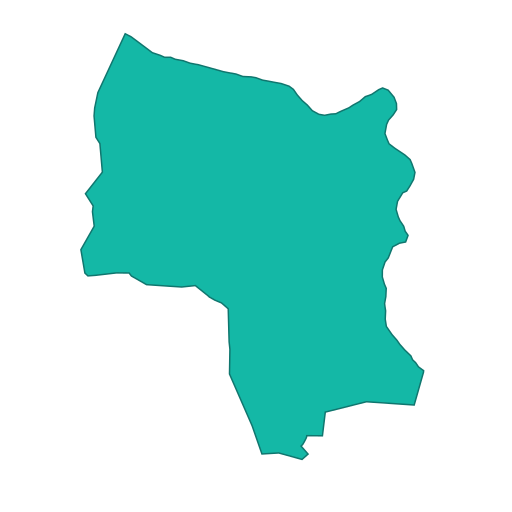 Obot Akara, Akwa Ibom, Nigeria, rotated 101°
{"feature_id": "59680162B95147302907135", "entity_name": "Obot Akara", "entity_type": "district", "adm_level": 2, "iso_a3": "NGA", "parent_name": "Nigeria", "parent_adm1": "Akwa Ibom", "projection": "albers", "projection_center": [7.605, 5.256], "detail": "fine", "context": "isolated", "style": "filled", "palette": "teal", "viewbox_px": 512, "rotation_deg": 101, "n_neighbors": 0, "source": "geoboundaries", "source_scale": "gbopen_adm2", "svg_char_len": 1893}
<svg xmlns="http://www.w3.org/2000/svg" viewBox="0 0 512 512"><g transform="rotate(101 256 256)"><path d="M305.4,420.7L307.6,417.2L305.7,410.2L299.2,389.7L296.9,377.3L299.4,374.5L305.0,358.0L301.9,333.2L300.6,323.0L296.6,309.9L304.8,294.4L305.1,294.2L307.3,287.6L308.6,281.0L313.1,273.2L345.4,266.0L352.6,263.8L376.9,259.5L423.4,227.4L449.2,212.4L445.0,196.1L446.9,172.0L440.5,167.1L436.8,171.9L434.0,175.5L432.1,174.2L429.3,173.2L425.6,172.1L423.8,171.8L422.7,171.9L419.8,156.5L396.0,158.2L378.0,119.8L372.1,72.3L338.0,69.4L336.5,69.6L336.1,70.6L333.8,75.4L330.3,78.9L328.0,82.5L324.5,84.9L322.1,88.6L319.9,92.0L315.3,98.0L311.8,101.6L307.2,107.5L303.7,111.1L300.3,114.6L293.3,117.1L285.1,118.3L281.2,119.7L278.1,120.7L271.1,120.8L262.9,122.0L259.4,124.4L259.3,124.5L252.5,128.0L245.5,129.3L241.1,128.7L237.3,128.2L232.6,125.8L226.7,124.7L220.9,123.6L216.1,117.7L213.7,111.8L207.0,110.7L206.7,110.7L203.2,114.3L198.6,116.7L193.9,121.4L190.5,123.8L183.5,127.4L175.3,127.5L165.9,124.0L163.5,120.5L157.7,118.2L150.6,115.9L143.6,115.9L135.5,120.7L132.0,123.1L128.5,129.0L124.0,139.7L123.5,140.8L120.5,146.8L117.0,149.2L111.2,152.8L101.9,152.9L97.2,151.8L91.3,148.3L85.4,145.9L79.6,147.2L73.8,150.8L68.0,157.9L66.9,163.8L69.3,167.3L75.2,173.2L77.0,176.1L78.7,179.1L84.6,183.8L89.4,189.6L92.9,193.2L97.7,200.2L101.2,204.9L102.4,209.6L104.8,215.5L104.9,221.4L102.6,228.5L98.0,234.5L94.6,240.4L91.4,244.5L89.9,246.4L85.3,251.1L83.0,255.9L81.9,264.2L82.0,271.3L82.0,277.2L82.1,283.1L81.0,290.2L81.1,294.9L82.3,303.2L81.2,310.3L81.2,314.4L81.3,316.2L81.3,323.3L79.2,349.5L79.3,351.7L79.3,357.6L78.2,364.7L78.3,372.9L77.2,377.7L78.4,383.6L77.3,388.3L76.2,396.6L64.7,420.3L62.8,426.8L110.9,438.7L125.8,442.4L141.5,442.6L149.4,441.7L170.0,435.8L175.4,430.7L203.0,422.8L227.4,435.3L237.9,425.4L243.7,425.0L257.6,420.5L283.2,429.1L305.4,420.7Z" fill="#14b8a6" stroke="#0f766e" stroke-width="1.5"/></g></svg>